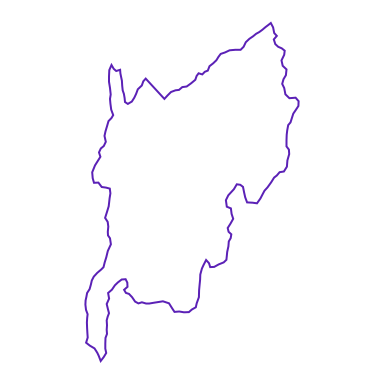 the district of Jussari, Bahia, Brazil
{"feature_id": "56859067B48740648537316", "entity_name": "Jussari", "entity_type": "district", "adm_level": 2, "iso_a3": "BRA", "parent_name": "Brazil", "parent_adm1": "Bahia", "projection": "robinson", "projection_center": [-39.507, -15.151], "detail": "fine", "context": "isolated", "style": "outline", "palette": "violet", "viewbox_px": 384, "rotation_deg": 0, "n_neighbors": 0, "source": "geoboundaries", "source_scale": "gbopen_adm2", "svg_char_len": 2952}
<svg xmlns="http://www.w3.org/2000/svg" viewBox="0 0 384 384"><path d="M283.9,171.5L286.9,166.7L287.4,160.4L289.2,154.1L288.9,149.6L286.5,146.4L286.5,140.4L286.7,134.8L287.2,130.5L288.2,125.1L290.5,122.4L291.9,118.0L293.3,113.6L295.5,110.4L298.4,106.0L298.6,101.2L295.6,97.7L289.4,98.2L285.4,94.3L284.2,88.0L282.2,83.9L283.5,79.2L285.9,75.2L286.5,69.4L282.7,65.8L281.5,60.4L284.2,54.8L284.7,50.7L281.7,48.3L278.2,46.8L275.3,44.1L273.8,39.4L276.8,35.9L274.2,33.0L273.1,27.4L270.8,23.0L268.3,25.0L265.5,27.1L262.2,29.9L259.2,32.1L256.1,33.8L253.2,36.2L249.4,38.8L245.8,42.2L243.6,46.8L240.6,49.8L235.3,49.8L229.6,50.3L224.9,52.5L220.7,53.9L218.5,56.8L216.4,60.2L213.2,63.3L209.5,66.2L207.8,70.6L204.8,71.8L202.3,74.4L198.6,73.3L196.6,76.0L195.3,79.8L191.1,83.3L186.7,86.5L182.3,87.1L179.0,89.9L175.5,90.3L171.0,92.0L167.6,95.4L164.4,98.9L145.7,78.6L143.3,81.3L141.8,85.5L137.8,89.3L136.1,93.9L134.3,97.7L131.8,101.6L127.8,103.9L125.0,102.0L124.6,98.0L123.9,93.9L122.7,90.4L122.2,85.7L121.9,80.7L121.1,76.9L120.4,73.4L120.1,69.8L116.2,71.0L113.7,68.8L111.5,65.0L109.3,70.1L109.0,76.5L109.0,81.8L110.0,88.0L110.7,94.5L110.0,98.9L110.4,103.5L111.2,109.6L113.2,115.1L111.5,118.0L108.5,121.1L107.0,126.3L105.5,131.3L104.5,135.9L105.8,141.8L103.8,146.0L100.8,148.5L99.0,152.4L100.4,156.8L98.0,160.6L95.0,165.4L92.2,172.3L92.7,178.2L94.0,182.8L98.4,182.6L101.7,187.0L106.0,187.6L109.8,188.6L110.4,193.3L109.6,198.3L108.7,206.3L107.0,211.9L105.1,217.9L107.7,221.9L108.3,226.6L107.8,231.8L108.0,235.4L110.0,238.3L110.9,244.3L107.8,251.0L106.3,257.2L104.7,262.4L103.5,267.2L101.2,269.5L97.3,272.8L93.8,276.6L91.8,280.5L90.9,284.5L89.6,289.1L87.1,293.0L86.4,296.8L85.6,300.4L85.4,304.6L86.0,309.8L87.6,314.2L87.2,317.8L86.9,322.4L87.1,328.0L87.4,333.3L87.7,337.5L86.1,342.7L89.8,345.6L94.5,348.4L97.3,352.8L98.8,356.0L100.7,361.0L103.7,357.1L106.2,353.0L105.3,348.6L105.3,343.6L105.5,337.9L107.0,333.9L106.7,329.8L107.0,325.3L106.7,320.3L107.7,316.6L109.0,313.2L107.9,309.0L106.7,304.0L109.1,298.6L108.1,293.0L111.9,289.7L114.9,285.3L117.9,282.4L121.7,279.5L125.6,279.2L127.3,282.6L127.5,286.8L124.1,289.8L125.9,292.9L129.0,293.9L132.1,297.2L135.1,301.6L138.4,303.4L141.9,302.3L146.0,303.5L149.4,303.5L154.1,302.7L159.2,301.9L162.9,301.3L169.0,303.3L172.2,308.4L174.5,311.9L179.2,311.5L184.0,312.3L188.9,312.1L191.9,309.5L195.8,307.3L196.7,303.3L198.9,297.2L199.1,290.1L199.6,284.8L200.1,279.7L200.3,274.5L201.9,268.6L203.5,265.1L206.1,260.0L209.0,263.2L210.2,267.1L214.2,266.9L218.7,264.4L223.7,262.4L226.4,259.8L226.8,256.1L227.2,251.9L228.4,246.4L228.8,241.4L230.7,238.1L231.3,234.3L228.6,231.8L227.7,228.0L230.5,223.6L233.2,218.8L231.6,213.9L230.9,208.4L226.8,206.7L225.9,200.2L228.3,195.3L233.9,189.2L236.8,184.3L240.3,184.8L243.0,186.9L244.1,192.4L245.2,197.3L247.1,202.4L252.5,202.7L257.0,203.3L260.4,198.5L262.9,193.7L264.5,190.7L267.5,187.4L271.1,182.4L274.1,177.6L276.8,175.5L279.6,172.2L283.9,171.5Z" fill="none" stroke="#5b21b6" stroke-width="2"/></svg>